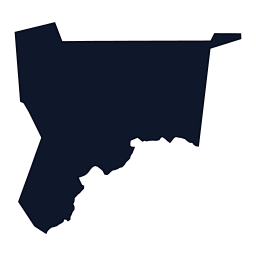 Arraial, Piauí, Brazil
{"feature_id": "56859067B29996429726150", "entity_name": "Arraial", "entity_type": "district", "adm_level": 2, "iso_a3": "BRA", "parent_name": "Brazil", "parent_adm1": "Piauí", "projection": "albers", "projection_center": [-42.507, -6.65], "detail": "fine", "context": "isolated", "style": "filled", "palette": "ink", "viewbox_px": 256, "rotation_deg": 0, "n_neighbors": 0, "source": "geoboundaries", "source_scale": "gbopen_adm2", "svg_char_len": 1388}
<svg xmlns="http://www.w3.org/2000/svg" viewBox="0 0 256 256"><path d="M15.4,32.5L20.8,101.2L24.1,102.7L29.5,112.0L42.1,137.6L35.6,155.4L31.6,166.8L18.9,201.7L34.8,225.8L46.0,233.0L46.9,230.9L48.8,228.8L51.3,226.9L53.6,226.4L56.6,225.5L58.6,224.0L60.5,223.0L62.8,221.5L63.6,218.8L66.4,218.9L68.0,220.5L69.7,219.3L69.8,216.7L71.3,213.8L71.9,211.9L73.8,209.3L73.8,206.7L72.5,204.2L73.8,201.2L74.0,197.7L76.2,195.5L77.4,194.1L79.4,192.6L81.3,190.4L83.3,188.4L83.4,186.2L81.4,185.2L80.6,183.3L79.1,180.3L77.9,177.0L80.7,176.3L84.1,175.0L85.9,173.9L87.9,171.9L89.9,169.1L92.3,166.5L95.1,165.2L97.9,166.1L101.3,168.7L103.3,170.6L105.0,174.0L107.1,174.3L108.8,173.0L110.2,171.5L112.2,169.9L114.6,169.4L117.8,168.3L119.3,167.1L121.7,166.7L124.0,164.5L125.6,161.9L127.7,159.9L129.5,158.1L130.0,155.6L131.9,152.8L134.0,147.5L131.6,147.4L129.7,146.4L129.6,143.1L130.1,140.1L133.6,138.7L137.6,136.9L140.1,138.8L142.5,140.9L144.7,139.9L146.6,140.7L148.7,140.1L152.7,139.9L156.1,140.1L158.9,139.5L160.3,137.4L162.5,136.2L166.2,139.0L167.6,140.4L170.0,142.1L171.3,140.5L172.7,138.6L174.1,137.2L175.8,136.2L178.4,136.9L181.3,137.2L183.1,137.8L185.4,138.5L187.1,140.1L189.5,141.9L192.8,142.3L194.1,144.2L196.0,145.5L198.2,145.8L209.8,48.1L240.6,38.5L240.4,34.0L214.7,33.9L211.0,41.3L131.1,41.5L109.0,41.6L99.3,41.6L61.8,41.9L54.6,23.0L15.4,32.5Z" fill="#0f172a" stroke="#020617" stroke-width="1.5"/></svg>